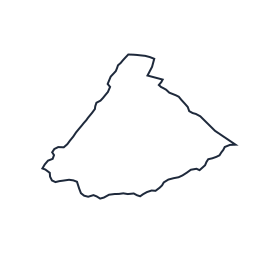 the district of Elísio Medrado, Bahia, Brazil, rotated 69°
{"feature_id": "56859067B75259034115126", "entity_name": "Elísio Medrado", "entity_type": "district", "adm_level": 2, "iso_a3": "BRA", "parent_name": "Brazil", "parent_adm1": "Bahia", "projection": "equal_earth", "projection_center": [-39.53, -12.938], "detail": "fine", "context": "isolated", "style": "outline", "palette": "slate", "viewbox_px": 256, "rotation_deg": 69, "n_neighbors": 0, "source": "geoboundaries", "source_scale": "gbopen_adm2", "svg_char_len": 1543}
<svg xmlns="http://www.w3.org/2000/svg" viewBox="0 0 256 256"><g transform="rotate(69 128 128)"><path d="M135.1,222.4L137.1,220.1L139.3,218.7L141.8,217.1L145.5,218.2L149.7,217.8L152.5,215.1L153.0,211.1L153.8,207.8L155.2,201.6L157.3,197.8L159.9,194.9L163.4,195.1L167.0,195.3L172.0,195.3L175.5,193.2L177.9,189.8L178.3,184.3L180.6,181.8L183.9,179.3L184.3,175.5L183.5,169.6L184.8,164.3L186.3,160.1L187.3,155.8L189.6,151.9L191.2,146.1L194.0,143.7L196.1,141.1L195.2,137.6L194.6,133.3L194.8,128.4L196.5,124.8L195.1,119.9L193.8,116.8L191.6,114.1L190.6,108.8L191.2,103.4L192.1,98.4L191.8,94.1L190.8,89.2L189.5,84.3L190.6,78.7L193.0,76.3L191.8,73.1L190.4,69.4L187.8,66.9L185.9,64.3L186.5,60.2L186.6,55.9L186.3,52.4L184.2,49.6L182.6,46.9L180.4,44.5L180.3,38.9L182.1,33.6L161.8,47.8L151.2,52.6L143.0,56.3L139.2,59.6L137.2,62.3L134.2,64.8L129.8,64.7L125.7,66.2L120.9,68.1L117.0,69.4L114.6,71.6L109.8,76.8L105.9,78.7L103.7,80.5L101.5,82.5L98.9,83.8L97.1,80.5L95.2,78.3L86.0,91.0L79.5,83.6L72.8,78.7L69.6,82.2L66.8,86.1L64.4,90.8L62.9,93.7L61.4,96.9L59.5,101.4L61.3,105.2L63.1,108.8L64.7,111.6L65.9,114.9L68.3,116.9L70.5,119.0L72.1,122.2L73.8,125.7L76.3,128.1L79.6,131.2L83.2,130.0L87.2,133.9L88.8,136.8L91.0,140.6L92.6,143.9L93.1,148.4L96.0,150.8L98.4,152.1L100.9,156.0L102.6,159.0L104.2,161.8L105.8,164.2L107.5,167.5L109.3,170.6L111.4,174.4L113.5,178.1L116.4,182.2L118.9,186.6L121.4,190.5L123.0,194.9L120.8,200.0L121.2,204.3L123.5,207.5L126.8,206.8L129.8,209.4L129.8,214.4L132.2,218.8L135.1,222.4Z" fill="none" stroke="#1e293b" stroke-width="2"/></g></svg>